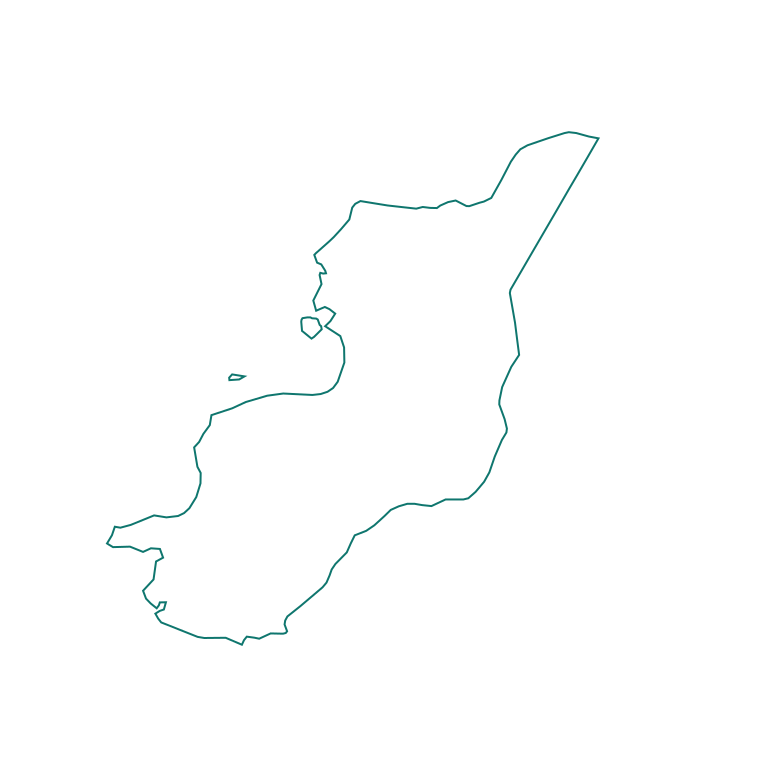 an SVG outline of Tunisia, rotated 221°
{"feature_id": "TUN", "entity_name": "Tunisia", "entity_type": "country or territory", "adm_level": 0, "iso_a3": "TUN", "parent_name": "Africa", "parent_adm1": "", "projection": "equal_earth", "projection_center": [9.904, 33.785], "detail": "fine", "context": "isolated", "style": "outline", "palette": "teal", "viewbox_px": 768, "rotation_deg": 221, "n_neighbors": 0, "source": "natural_earth", "source_scale": "50m", "svg_char_len": 2376}
<svg xmlns="http://www.w3.org/2000/svg" viewBox="0 0 768 768"><g transform="rotate(221 384 384)"><path d="M521.3,435.7L521.2,438.1L518.9,455.6L518.3,461.9L518.0,472.6L518.1,485.4L523.7,496.3L523.9,501.1L521.8,506.6L511.6,512.9L498.4,521.1L487.1,528.9L474.7,537.5L470.9,543.0L464.7,547.2L459.5,551.5L458.6,555.6L455.0,563.3L450.3,569.5L438.5,572.4L436.3,574.2L430.8,583.5L428.3,587.2L425.1,594.8L429.2,614.6L434.1,635.0L435.1,643.6L435.1,650.6L432.3,658.3L426.0,669.2L421.3,677.3L412.4,691.8L409.7,695.3L403.6,699.5L391.7,705.2L383.3,710.1L379.0,688.0L375.4,669.2L372.5,653.6L367.2,626.3L362.8,603.2L358.4,580.1L354.4,559.2L350.4,538.2L348.7,535.2L336.5,525.3L325.3,516.2L313.7,505.8L301.1,494.6L299.2,480.5L292.8,459.2L286.1,447.3L283.6,444.2L269.9,436.6L262.0,431.0L259.8,427.7L258.3,419.1L252.8,401.9L246.5,386.4L244.3,375.9L244.1,362.7L245.4,353.1L248.3,349.0L261.8,337.2L268.1,323.0L275.8,317.6L282.4,313.6L287.8,308.9L292.6,301.4L296.3,293.4L297.0,284.7L298.6,271.0L301.1,261.5L306.8,250.6L304.5,241.9L301.6,232.5L302.6,216.3L301.8,209.7L299.5,203.9L297.1,196.4L297.0,190.2L299.5,173.8L301.4,161.4L304.4,145.2L303.4,140.7L301.3,137.3L294.9,133.8L294.8,131.6L296.4,129.3L305.9,121.4L311.1,109.9L315.4,107.5L321.8,103.3L321.6,98.8L320.2,94.0L337.0,88.6L353.0,74.4L358.7,70.9L395.7,57.9L400.5,58.8L405.9,60.7L404.4,65.6L402.2,69.4L405.4,76.2L409.9,72.1L408.7,69.3L408.4,65.6L416.1,65.3L422.8,65.9L430.2,69.9L429.7,85.3L439.6,100.5L436.8,108.0L444.9,112.5L452.1,107.1L455.7,99.2L469.0,94.6L481.5,83.1L488.4,81.9L490.1,91.4L493.5,99.7L488.7,102.6L482.7,111.5L471.3,134.0L460.7,140.6L452.8,149.3L450.2,155.4L449.4,162.6L451.5,175.5L457.3,188.6L464.0,196.6L470.5,199.1L485.7,211.6L485.5,219.0L487.6,227.9L488.5,238.7L493.8,247.3L482.6,266.1L476.5,279.7L464.5,298.5L453.8,310.7L430.8,328.8L425.2,334.9L421.5,341.1L419.8,347.6L420.4,355.3L428.0,374.2L438.1,385.4L448.4,391.5L466.3,389.0L465.7,396.3L467.0,405.1L474.3,404.7L479.2,403.3L483.3,394.8L492.1,400.6L496.7,418.4L504.1,424.0L505.0,426.1L502.4,427.4L500.4,429.5L502.6,430.9L509.8,433.1L514.1,431.7L521.3,435.7ZM483.2,386.0L481.4,386.4L478.1,388.9L476.3,389.2L471.3,386.4L469.4,386.4L466.9,384.4L467.7,373.7L468.5,370.7L480.7,370.3L487.3,376.7L488.4,378.4L488.7,380.2L485.7,383.8L483.2,386.0ZM504.9,291.6L494.3,298.2L496.3,292.4L503.2,285.5L505.0,287.2L504.9,291.6Z" fill="none" stroke="#0f766e" stroke-width="2"/></g></svg>